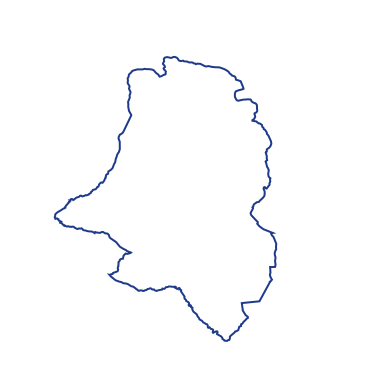 Anolaima, Cundinamarca, Colombia, rotated 309°
{"feature_id": "7082276B71021669842786", "entity_name": "Anolaima", "entity_type": "district", "adm_level": 2, "iso_a3": "COL", "parent_name": "Colombia", "parent_adm1": "Cundinamarca", "projection": "robinson", "projection_center": [-74.474, 4.788], "detail": "fine", "context": "isolated", "style": "outline", "palette": "blue", "viewbox_px": 384, "rotation_deg": 309, "n_neighbors": 0, "source": "geoboundaries", "source_scale": "gbopen_adm2", "svg_char_len": 5970}
<svg xmlns="http://www.w3.org/2000/svg" viewBox="0 0 384 384"><g transform="rotate(309 192 192)"><path d="M100.4,314.0L101.9,313.7L103.3,312.6L104.5,312.5L109.6,313.5L110.7,313.3L111.9,314.2L113.8,314.9L117.0,313.5L118.7,314.5L120.1,313.4L121.4,314.0L123.8,313.8L125.4,314.1L127.9,314.2L129.2,314.7L130.1,314.0L130.1,311.1L131.8,306.2L137.0,300.6L149.5,313.2L170.7,309.3L171.2,308.9L171.9,309.3L174.2,309.3L175.0,307.1L176.5,304.8L177.2,304.3L178.5,303.9L182.9,299.9L183.9,301.3L186.1,303.7L188.2,302.6L190.6,300.0L193.6,298.2L195.2,296.0L196.4,294.8L198.9,293.7L200.4,293.5L202.6,291.5L204.8,290.1L208.4,283.5L208.6,281.4L209.4,279.7L210.1,279.7L211.0,280.5L208.0,270.8L207.8,265.8L208.4,262.7L209.2,262.7L210.0,262.1L211.2,253.1L211.6,251.9L212.7,250.7L217.5,249.8L218.0,249.5L218.2,248.6L219.5,248.7L219.9,248.3L221.4,247.9L224.8,248.8L226.4,250.2L228.2,250.2L232.2,250.8L234.5,250.7L236.8,249.3L238.2,248.0L239.6,245.5L240.9,245.0L241.3,245.1L241.6,245.6L241.3,247.1L241.6,247.8L246.5,247.7L247.4,246.8L249.3,246.3L251.1,244.5L252.0,244.3L252.1,242.2L252.4,241.6L253.9,239.9L257.3,237.9L258.4,235.9L258.8,234.5L261.6,230.9L261.9,230.1L262.7,230.0L264.0,230.4L265.3,228.8L267.0,227.5L269.0,224.5L269.8,224.3L270.4,224.7L272.2,223.3L274.8,224.1L277.1,224.1L279.4,223.3L281.1,221.5L284.0,215.7L284.3,213.6L285.3,212.7L286.1,210.2L286.3,209.5L286.0,208.3L286.9,207.0L286.8,205.8L288.2,204.0L287.8,201.2L287.3,200.6L287.2,198.9L287.4,197.8L285.4,194.1L285.8,193.7L287.6,194.3L290.1,193.9L291.3,192.6L291.8,191.5L292.6,191.1L294.3,191.9L295.8,191.8L297.0,190.9L298.1,189.6L299.1,189.0L300.5,187.5L300.8,186.4L300.7,184.9L300.2,183.9L299.9,182.2L300.0,181.2L300.7,179.6L300.6,179.0L299.0,176.9L295.7,173.4L292.0,170.5L291.5,169.0L291.9,167.8L292.9,165.6L293.9,164.6L295.9,163.2L297.3,162.8L298.0,162.8L300.5,164.3L304.0,166.9L304.6,167.1L305.6,165.8L308.7,160.1L307.7,157.2L307.2,156.3L307.0,155.4L308.3,153.9L308.7,152.4L307.6,149.5L307.9,149.0L307.9,146.4L308.5,144.6L308.2,141.7L307.8,139.7L306.1,134.8L303.6,131.6L301.4,128.1L300.4,125.8L298.3,123.8L297.9,123.0L296.9,118.0L295.3,115.6L293.8,114.6L293.9,113.8L293.0,112.3L293.0,111.0L292.2,109.7L291.4,109.0L290.8,108.0L290.4,106.3L288.5,103.5L288.5,102.5L286.9,101.1L286.2,100.0L286.0,98.8L286.7,97.0L286.8,95.6L286.1,93.5L285.1,92.5L283.6,91.8L282.9,91.2L281.3,87.9L279.3,86.3L278.3,86.3L277.6,86.4L276.0,88.1L273.7,88.5L273.2,89.0L272.8,91.3L272.2,92.3L270.2,92.1L269.5,93.4L269.6,94.5L269.1,96.0L267.8,96.6L267.3,97.2L266.5,97.3L265.3,96.3L262.9,95.4L261.3,94.3L261.3,93.8L262.0,92.2L261.9,88.9L262.5,85.9L262.2,84.3L260.9,82.0L258.4,78.7L257.9,77.6L256.3,76.6L252.7,72.2L249.4,69.9L248.0,69.3L247.1,69.5L243.5,69.1L241.5,70.3L239.9,70.4L238.3,72.1L236.6,73.1L236.0,73.7L235.0,76.7L234.3,77.3L232.8,77.9L231.9,79.3L231.3,81.0L229.7,82.1L227.9,82.6L226.5,84.0L225.5,84.5L223.0,85.2L221.4,85.9L220.4,87.1L218.1,88.8L215.4,92.0L213.6,96.4L213.2,96.6L195.9,100.7L194.0,100.9L191.1,99.9L188.9,100.3L187.3,101.3L185.6,104.2L179.9,108.9L177.2,110.0L174.8,110.2L173.3,110.6L171.6,111.4L170.2,111.7L166.7,113.6L164.9,113.8L160.7,115.2L158.6,115.1L155.3,114.1L153.3,115.3L152.0,114.6L151.2,114.6L150.0,115.1L149.6,115.6L148.7,115.6L148.2,116.1L147.5,116.0L145.7,116.6L143.4,116.7L142.9,116.7L142.2,115.4L141.6,115.2L139.6,115.0L137.3,115.9L136.0,115.2L134.9,115.5L133.4,115.3L131.3,113.7L129.6,113.9L128.7,113.5L127.3,114.0L125.8,113.2L125.0,113.4L122.9,112.0L122.5,111.2L121.6,110.9L119.6,109.6L119.3,108.0L118.6,107.4L117.4,107.3L114.8,105.7L111.6,105.0L111.0,104.7L111.3,103.9L110.6,102.7L110.0,102.3L108.9,102.9L108.5,102.3L108.3,102.8L107.6,103.1L106.9,102.5L105.6,103.0L105.0,102.6L103.8,102.9L102.5,102.6L100.7,103.0L100.2,103.5L99.9,103.4L99.8,102.9L99.0,103.1L98.1,102.5L94.6,101.4L92.2,100.4L90.6,100.0L88.6,99.8L86.9,101.0L86.1,101.1L85.2,102.4L85.2,102.8L86.5,103.6L86.3,104.7L86.8,105.3L86.3,105.8L86.0,106.5L86.6,108.7L85.7,108.5L85.1,108.9L85.7,110.0L85.9,111.0L85.4,111.6L85.4,113.1L85.9,113.7L85.4,114.2L86.0,115.1L86.5,116.7L87.4,117.2L88.0,118.9L88.7,119.5L89.0,120.3L89.9,120.9L90.5,122.0L90.5,123.9L91.1,126.2L92.7,127.3L93.3,128.3L94.2,128.9L94.4,129.9L94.0,131.0L94.1,131.8L95.3,133.9L95.6,135.0L96.5,136.6L98.4,139.4L98.8,142.3L100.0,142.0L100.5,143.4L102.3,146.2L104.3,147.2L104.9,148.0L105.3,150.7L106.2,151.9L106.5,152.8L106.2,154.6L105.2,156.0L104.9,156.7L104.8,157.9L105.3,164.5L104.1,170.5L104.6,174.3L105.2,176.9L105.3,178.9L106.5,182.7L105.9,182.6L103.3,180.8L102.4,179.2L100.3,178.9L99.2,179.0L96.7,180.3L95.5,179.1L94.2,178.6L92.9,179.1L91.0,179.1L89.9,180.2L88.0,181.2L88.0,181.5L86.1,182.1L85.3,183.4L84.0,184.0L83.4,184.0L79.4,181.6L78.4,181.9L77.1,180.8L76.3,180.9L75.7,179.9L75.3,182.2L75.3,187.9L75.5,188.8L76.5,191.7L77.6,193.9L77.8,196.0L79.1,197.8L80.1,200.1L80.5,204.1L81.5,206.0L81.5,208.3L81.7,208.6L81.4,209.7L81.7,210.6L81.5,211.9L81.7,212.2L81.8,213.0L82.8,213.5L84.1,215.3L84.3,216.3L84.8,216.8L86.4,217.5L87.0,218.2L88.8,218.6L89.7,219.5L91.0,220.2L91.3,221.1L91.2,222.5L92.3,223.7L92.2,225.2L92.8,226.7L94.2,227.5L97.3,230.1L98.3,229.8L98.7,230.7L99.4,231.5L101.7,231.7L102.7,232.8L104.1,233.5L106.8,237.5L107.2,238.6L107.8,238.5L107.9,239.1L107.0,239.2L106.9,239.5L107.4,240.5L107.3,241.4L109.0,242.2L109.4,242.6L109.3,243.2L108.5,243.5L108.9,243.9L108.7,244.8L108.9,245.3L107.8,246.1L106.1,251.8L105.8,252.3L105.0,252.6L104.5,253.3L104.4,255.0L103.7,256.0L104.1,258.9L103.8,259.7L102.1,260.5L101.8,261.1L101.7,261.5L102.0,261.9L102.9,261.7L103.1,262.1L103.0,262.7L101.9,263.8L101.9,264.3L102.4,264.8L102.4,265.2L101.2,265.8L100.2,267.6L99.9,268.6L99.9,272.8L99.0,274.2L98.3,277.2L97.7,277.9L98.2,280.9L97.7,282.7L98.1,284.4L98.1,285.8L98.7,287.1L98.3,288.0L96.9,289.4L96.7,289.8L96.8,290.2L97.9,290.7L97.5,292.9L98.3,294.5L98.0,295.4L96.0,296.4L95.8,296.8L95.9,297.1L98.8,298.4L99.5,299.2L99.2,300.1L97.5,300.6L97.3,300.9L98.1,305.5L97.8,307.2L97.0,308.1L97.2,309.8L96.9,310.7L98.3,312.9L100.2,313.6L100.4,314.0Z" fill="none" stroke="#1e3a8a" stroke-width="2"/></g></svg>